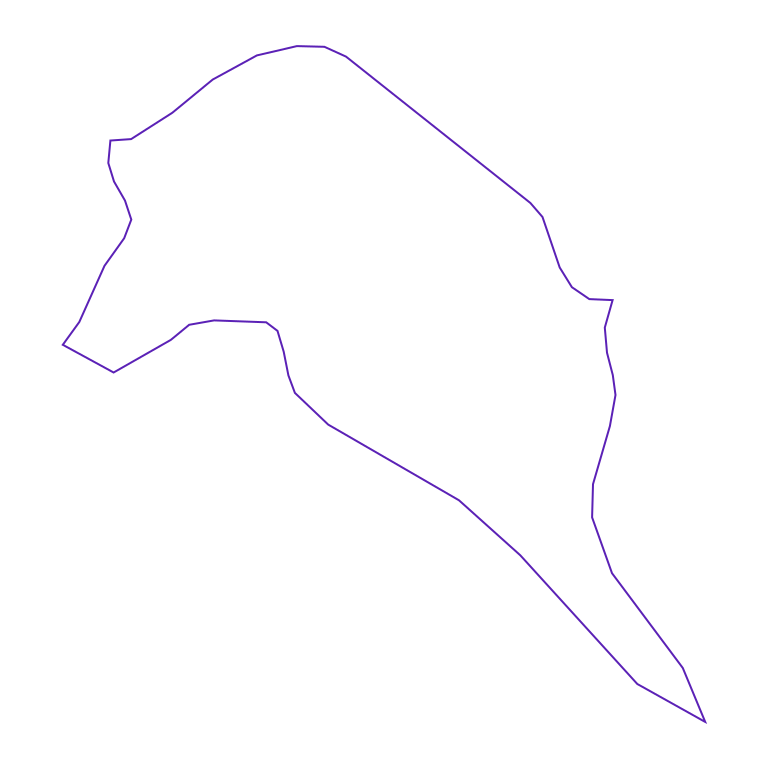 the border of Iligan
{"feature_id": "PHL-5530", "entity_name": "Iligan", "entity_type": "Highly Urbanized City", "adm_level": 1, "iso_a3": "PHL", "parent_name": "Philippines", "parent_adm1": "", "projection": "robinson", "projection_center": [124.411, 8.192], "detail": "fine", "context": "isolated", "style": "outline", "palette": "violet", "viewbox_px": 768, "rotation_deg": 0, "n_neighbors": 0, "source": "natural_earth", "source_scale": "10m", "svg_char_len": 765}
<svg xmlns="http://www.w3.org/2000/svg" viewBox="0 0 768 768"><path d="M62.8,344.8L79.3,322.0L104.5,265.8L124.2,238.2L131.3,219.6L125.0,200.6L114.0,181.5L108.3,163.0L110.4,140.5L110.9,140.5L131.1,139.1L172.1,112.9L172.4,112.7L206.8,84.4L212.8,79.5L256.9,55.4L296.9,46.1L324.4,46.8L346.0,56.6L393.1,94.0L530.4,203.0L542.5,217.0L559.7,267.5L571.9,287.2L589.3,299.1L612.4,300.1L612.6,300.1L604.8,327.6L607.0,352.7L612.8,375.1L615.5,395.0L609.9,426.1L593.0,484.2L592.1,517.4L612.0,573.2L682.8,668.0L705.2,721.9L704.6,721.6L637.3,684.0L520.3,555.3L459.0,500.3L328.2,424.6L294.9,392.9L288.4,375.4L283.7,351.7L277.5,330.9L266.2,322.3L214.1,320.4L189.1,324.8L188.8,325.1L172.9,338.2L170.8,339.9L113.6,372.5L62.8,344.8Z" fill="none" stroke="#5b21b6" stroke-width="2"/></svg>